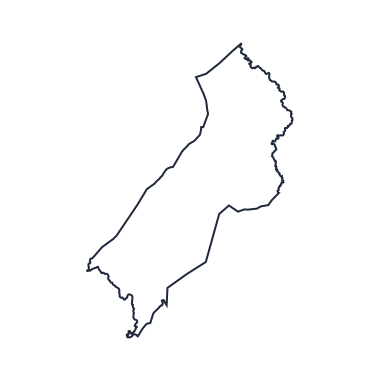 Cecerleg, Arhangay, Mongolia (Albers equal-area conic projection), rotated 281°
{"feature_id": "93677404B12707642123499", "entity_name": "Cecerleg", "entity_type": "district", "adm_level": 2, "iso_a3": "MNG", "parent_name": "Mongolia", "parent_adm1": "Arhangay", "projection": "albers", "projection_center": [101.208, 48.955], "detail": "fine", "context": "isolated", "style": "outline", "palette": "slate", "viewbox_px": 384, "rotation_deg": 281, "n_neighbors": 0, "source": "geoboundaries", "source_scale": "gbopen_adm2", "svg_char_len": 5958}
<svg xmlns="http://www.w3.org/2000/svg" viewBox="0 0 384 384"><g transform="rotate(281 192 192)"><path d="M305.5,174.0L290.9,184.4L284.1,188.5L276.1,191.1L271.6,192.9L257.8,190.6L257.4,188.6L255.0,189.0L250.1,188.9L249.0,188.5L242.9,184.7L241.6,183.5L240.9,182.5L238.2,179.6L237.3,179.1L236.1,178.7L234.4,177.3L233.3,176.8L232.3,175.9L229.3,174.3L213.0,168.6L212.7,168.2L212.5,166.8L210.6,163.8L209.0,162.3L205.3,160.7L202.4,159.7L200.0,158.0L198.9,157.6L195.4,155.0L194.1,154.2L193.4,153.9L186.1,147.1L168.9,140.8L134.8,126.3L130.7,123.5L120.8,114.3L107.8,106.8L107.1,105.0L104.7,104.8L103.7,105.7L102.5,105.4L102.2,104.8L101.6,104.2L100.5,104.2L98.1,105.2L96.5,105.4L94.1,103.6L95.1,105.5L95.3,107.0L97.1,108.5L97.6,109.1L98.4,110.6L99.6,112.5L100.2,113.1L100.4,113.9L100.4,114.2L98.7,115.1L97.8,115.9L97.0,117.0L95.3,118.5L95.2,119.2L95.8,120.1L95.8,120.5L95.8,120.8L95.0,121.8L95.4,123.8L94.8,125.2L94.0,125.9L93.2,126.2L92.9,126.3L91.9,126.0L91.2,126.1L89.8,127.1L89.7,127.6L89.4,127.9L89.1,128.5L88.1,129.1L87.7,129.7L87.6,130.1L87.8,130.9L87.7,131.1L86.5,131.8L85.7,132.8L85.5,134.1L84.4,135.1L84.2,136.1L83.6,137.8L82.9,138.8L82.3,139.2L81.1,139.6L79.6,139.6L77.2,140.7L75.9,140.8L74.8,141.9L74.7,142.6L75.1,143.5L75.1,144.0L73.6,145.5L73.4,145.9L73.5,146.4L73.9,147.0L74.9,147.2L75.6,148.2L78.6,148.7L79.4,149.4L79.6,149.9L79.3,151.8L78.9,152.6L78.3,153.2L77.0,153.7L71.7,154.2L70.5,154.5L70.2,154.7L70.1,155.3L69.5,155.1L68.7,155.8L67.5,156.1L66.6,157.1L66.3,157.4L65.1,157.1L64.0,157.1L62.7,157.6L62.0,158.2L60.7,157.9L57.6,158.4L56.7,159.2L56.1,159.8L55.5,162.3L55.0,162.7L54.5,163.0L53.8,163.0L53.0,162.7L51.6,161.7L50.5,161.4L49.7,161.3L49.3,161.7L49.3,163.3L49.0,163.6L47.8,162.9L46.0,162.7L45.3,162.3L44.3,162.1L43.5,161.5L42.7,160.7L42.1,160.5L41.5,160.0L41.3,159.6L41.4,159.3L42.1,158.9L42.4,158.3L43.1,158.1L43.5,157.7L43.6,156.9L43.3,156.4L42.8,156.3L42.1,156.7L40.5,157.0L40.2,156.7L40.1,155.7L39.8,155.4L39.0,155.2L38.6,155.5L38.7,156.5L38.4,156.6L38.2,156.1L37.9,155.9L37.2,156.3L37.1,156.8L37.3,158.3L37.8,159.4L38.9,160.5L40.6,161.4L41.3,161.9L41.4,163.0L41.1,165.0L40.2,165.8L40.0,166.4L48.3,169.5L53.8,172.5L55.6,176.1L65.0,177.1L65.8,177.4L67.9,178.6L69.5,179.9L74.5,183.0L74.6,183.6L75.2,184.3L76.1,184.6L77.2,184.6L79.4,183.1L79.7,183.2L79.9,183.4L80.5,184.7L76.1,188.7L93.2,186.2L110.8,202.9L125.9,218.9L175.6,222.9L185.8,230.8L181.5,240.9L184.9,246.7L185.3,250.0L188.0,258.7L191.0,262.3L193.7,269.4L199.2,271.9L207.5,277.3L207.5,276.9L207.8,276.6L209.3,276.2L209.6,275.8L210.6,276.7L211.5,276.6L212.1,276.2L213.0,276.4L213.4,276.8L214.0,276.7L214.6,277.2L215.0,277.1L215.2,277.3L215.2,277.7L216.2,277.8L216.8,278.2L217.2,278.0L217.9,278.2L218.3,278.1L218.6,278.5L218.6,278.9L218.9,279.2L218.9,279.5L218.6,279.6L218.7,280.0L218.2,280.4L218.8,280.0L219.5,279.2L220.3,279.3L220.3,279.2L220.2,278.7L220.4,278.3L221.4,278.7L222.0,278.3L222.7,277.6L223.5,277.9L223.9,277.3L224.6,277.2L224.2,276.7L224.9,275.5L225.8,274.7L226.4,274.6L226.6,274.5L226.6,274.1L227.4,274.0L227.8,272.8L228.1,272.6L229.2,270.9L229.5,270.9L230.0,271.5L230.3,271.2L230.1,270.3L230.3,270.0L230.7,270.0L231.5,270.3L232.2,269.8L233.0,269.9L233.2,269.5L233.2,269.0L233.4,268.7L234.0,269.0L234.6,268.8L235.4,269.0L236.7,268.5L238.0,268.6L238.2,268.3L237.8,267.9L238.9,267.1L239.9,266.0L241.3,265.3L241.9,264.6L242.5,263.6L244.1,263.9L245.1,263.5L245.6,263.7L246.7,264.7L247.7,265.0L249.4,266.5L250.0,266.7L250.9,266.0L251.9,265.7L252.2,265.1L252.8,264.7L254.5,264.0L254.7,262.3L254.2,261.7L254.2,261.4L254.3,261.1L254.8,260.9L255.4,261.0L256.3,261.4L257.5,261.4L257.7,261.9L257.3,262.8L257.4,263.7L258.0,264.1L259.2,264.1L259.7,264.4L260.5,264.5L260.7,265.0L260.6,266.0L261.0,266.6L261.6,266.6L262.6,265.3L263.0,265.0L263.7,264.9L264.0,265.1L264.2,265.4L264.2,265.8L263.9,266.6L263.9,267.2L264.5,268.0L264.7,268.8L264.7,270.0L264.9,270.4L265.4,270.8L266.6,271.2L267.2,271.1L268.1,270.5L268.3,270.5L269.3,271.5L270.2,271.7L270.6,271.7L272.0,271.0L272.5,271.1L272.8,271.7L272.7,272.6L272.9,273.0L273.6,273.3L274.2,273.9L274.7,273.5L275.2,273.5L275.6,274.1L276.0,275.1L276.5,275.3L277.2,275.2L277.8,276.0L278.0,276.5L278.4,276.8L280.6,276.4L281.1,276.4L281.5,276.9L282.8,276.5L283.5,276.5L283.9,276.2L284.5,275.0L286.5,274.6L287.6,275.0L287.9,274.8L288.1,274.2L288.4,274.1L289.6,274.2L290.1,273.6L290.5,272.7L290.5,271.8L290.7,270.9L290.5,270.1L290.8,269.7L291.9,268.9L292.5,268.0L292.7,266.9L293.3,266.3L293.4,265.3L293.6,264.9L294.8,264.1L296.1,264.3L297.0,263.9L297.6,263.4L297.7,262.4L298.7,262.0L300.7,263.6L300.9,264.2L301.0,264.8L301.6,265.2L303.6,265.1L304.1,264.8L304.1,264.3L304.4,264.0L304.9,263.8L306.6,263.6L308.0,262.4L308.1,262.2L307.6,261.5L307.5,261.0L307.6,260.2L308.1,259.4L308.3,258.3L308.7,258.2L310.1,258.3L310.5,258.1L310.7,257.5L310.7,256.4L310.9,256.3L312.5,257.1L313.2,256.9L313.7,256.5L313.9,255.6L313.7,254.6L314.0,254.2L315.2,253.8L315.6,253.3L315.9,252.4L316.2,251.3L315.8,250.3L315.8,249.4L315.9,248.9L316.6,248.0L316.9,247.1L317.9,246.4L319.3,245.8L320.2,245.6L321.3,245.7L322.8,245.4L323.5,244.9L323.6,244.6L322.0,242.5L322.0,242.1L322.5,241.5L324.7,239.6L324.7,238.4L324.9,237.8L326.6,235.8L326.8,234.9L328.3,232.8L328.2,232.5L327.4,232.0L327.2,231.3L325.7,230.5L325.6,230.0L326.0,229.3L325.9,228.9L325.0,227.9L325.1,227.2L325.9,225.8L326.3,225.5L327.3,225.6L327.9,225.4L328.1,225.2L328.3,224.0L328.9,223.7L329.4,224.2L330.0,225.3L330.3,225.5L330.9,225.7L331.3,225.5L331.5,225.3L331.4,224.8L331.5,224.4L332.2,223.5L332.4,222.8L332.3,222.6L331.7,221.9L331.8,221.7L332.0,221.6L332.9,222.4L333.2,222.4L333.8,222.0L334.0,221.5L333.9,220.9L332.8,220.1L333.0,218.5L333.2,218.1L334.5,218.5L335.8,219.4L336.4,218.7L336.5,218.0L336.9,217.4L337.0,215.9L337.6,214.7L338.0,214.3L338.1,213.6L339.9,213.3L340.6,213.6L341.1,214.1L341.7,214.2L342.1,214.0L343.2,211.6L343.7,211.1L344.5,211.1L345.1,211.6L345.9,212.0L346.7,212.1L346.9,211.8L338.6,205.2L323.6,194.3L310.8,183.4L305.5,174.0Z" fill="none" stroke="#1e293b" stroke-width="2"/></g></svg>